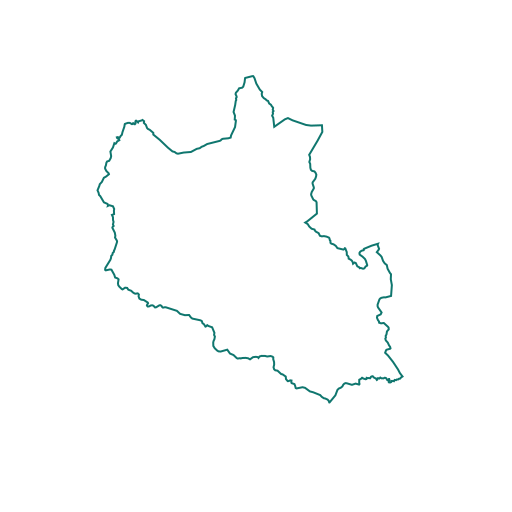 outline of Dak To, Kon Tum, Vietnam, rotated 324°
{"feature_id": "81297802B52627388081803", "entity_name": "Dak To", "entity_type": "district", "adm_level": 2, "iso_a3": "VNM", "parent_name": "Vietnam", "parent_adm1": "Kon Tum", "projection": "albers", "projection_center": [107.823, 14.684], "detail": "fine", "context": "isolated", "style": "outline", "palette": "teal", "viewbox_px": 512, "rotation_deg": 324, "n_neighbors": 0, "source": "geoboundaries", "source_scale": "gbopen_adm2", "svg_char_len": 6113}
<svg xmlns="http://www.w3.org/2000/svg" viewBox="0 0 512 512"><g transform="rotate(324 256 256)"><path d="M382.6,194.6L386.2,189.0L377.2,182.9L373.5,179.4L365.3,167.7L362.9,163.2L359.7,162.4L346.7,162.2L351.2,154.3L351.5,152.0L353.4,150.9L354.1,149.4L355.4,149.0L355.5,147.5L356.9,146.3L357.0,145.9L356.8,144.3L357.0,142.4L356.3,140.4L356.9,137.6L356.1,136.4L355.9,134.8L355.1,132.9L354.9,130.3L355.9,128.2L357.4,127.0L356.9,123.6L357.6,116.7L359.3,111.3L359.5,108.9L358.9,108.4L352.4,105.8L351.9,105.6L351.5,105.9L348.8,108.8L345.2,111.5L343.7,111.7L340.9,110.4L338.5,111.5L335.7,112.1L334.6,113.0L334.1,115.5L333.5,116.3L332.5,116.6L331.7,118.2L330.7,118.7L327.9,121.6L322.5,126.3L321.5,130.1L319.0,133.1L319.5,134.1L319.3,134.7L314.8,139.4L306.7,143.8L305.1,145.3L302.8,144.5L298.1,141.7L296.7,141.4L295.5,141.7L294.5,141.6L282.3,136.7L278.4,136.3L276.3,135.7L273.8,135.7L271.1,134.5L264.5,133.6L258.3,129.8L253.0,127.4L252.0,126.2L251.3,124.0L249.9,122.3L248.4,116.5L246.4,105.4L244.3,97.4L245.3,96.0L244.2,91.5L243.2,89.5L243.1,88.4L244.0,85.1L243.5,82.4L244.7,81.2L244.1,79.2L243.4,79.2L240.1,78.0L239.1,78.6L238.7,76.2L238.2,75.9L237.6,76.2L236.4,78.0L235.4,78.2L235.0,77.8L235.0,76.8L234.7,76.3L233.5,76.6L233.0,76.3L232.5,74.8L231.9,73.9L230.6,73.0L228.7,72.4L227.5,72.1L227.0,72.5L225.5,74.0L220.8,77.3L218.7,79.1L217.2,79.3L215.3,80.1L213.8,78.4L213.2,78.2L213.0,78.9L213.7,81.2L213.5,82.0L211.1,81.7L208.8,82.7L208.1,82.5L207.7,81.5L204.1,84.1L199.6,85.9L197.5,90.1L196.0,91.4L193.2,92.7L191.1,92.0L189.8,92.6L187.9,94.4L186.1,95.5L185.3,96.6L184.9,99.2L185.4,102.5L185.1,103.4L181.4,103.6L178.9,103.3L174.8,105.5L171.8,106.1L170.6,107.1L166.4,109.7L165.8,112.4L164.9,114.3L165.2,116.0L164.5,123.2L166.5,126.6L166.1,128.0L165.6,128.4L167.2,128.7L169.5,131.7L168.9,134.6L167.7,135.8L165.8,138.7L163.6,138.1L163.1,140.5L161.5,142.8L160.8,144.7L158.8,146.4L158.5,148.0L157.3,148.1L156.4,148.7L155.5,154.1L154.1,157.0L152.8,158.2L152.5,161.5L152.3,162.4L151.4,163.3L145.2,167.8L144.3,168.1L143.5,169.1L141.9,169.3L140.5,170.6L139.0,170.8L137.4,172.5L135.9,173.5L127.1,177.1L125.8,178.5L126.0,179.3L129.9,181.0L131.0,182.1L130.3,187.9L129.4,190.6L130.8,192.7L131.1,194.1L128.3,196.9L127.4,198.7L127.4,200.5L128.0,203.9L128.4,204.6L131.5,204.7L133.0,206.1L132.9,208.2L134.6,210.8L135.0,213.1L135.7,214.9L136.5,215.8L138.1,216.5L138.5,217.1L138.6,218.3L137.3,219.6L136.6,221.9L137.5,223.9L139.4,225.7L141.1,230.1L140.9,230.8L139.3,231.4L138.6,232.0L138.7,233.2L139.8,233.9L141.9,234.2L143.2,235.0L143.8,236.0L144.1,238.3L145.1,238.8L148.8,239.1L149.7,239.6L150.2,240.8L150.1,242.3L150.4,243.1L152.2,243.9L152.9,244.5L159.8,253.9L160.6,258.2L163.7,262.1L167.2,264.4L167.2,267.4L167.7,269.2L173.1,275.2L173.8,276.4L173.9,276.9L173.2,278.9L173.8,280.6L173.6,283.4L174.4,283.6L175.9,283.3L176.4,284.7L178.6,287.9L177.2,293.7L175.7,295.2L175.4,297.0L173.4,298.9L171.6,299.9L170.5,300.9L168.6,303.7L168.4,306.4L169.0,309.7L169.6,311.1L171.2,312.5L177.7,314.9L177.6,319.6L179.6,322.9L180.4,327.3L180.9,328.2L183.0,329.3L183.4,329.9L185.0,330.5L187.7,332.3L189.5,334.1L190.4,336.1L194.1,336.1L196.5,337.4L197.6,338.4L198.1,339.1L198.1,339.9L199.9,339.4L201.8,340.1L204.6,342.2L206.0,343.9L209.0,345.5L210.2,347.2L210.4,348.2L209.3,349.6L208.3,352.4L206.8,354.6L204.8,356.3L204.1,358.3L204.4,359.8L206.0,361.4L207.0,366.4L207.9,367.3L209.2,371.0L207.9,373.2L208.1,375.9L208.9,376.4L210.6,376.7L211.5,377.6L210.4,378.8L210.1,379.8L211.8,382.2L211.4,383.9L210.5,386.2L211.0,387.0L216.5,389.5L218.2,391.5L220.0,397.2L222.2,399.9L226.2,406.3L226.4,408.5L227.3,411.0L228.2,411.9L229.5,414.2L229.7,415.8L229.2,417.5L229.4,417.7L238.3,415.4L243.2,412.2L245.1,411.9L247.1,412.4L249.2,412.3L251.0,411.4L252.3,411.2L253.6,411.4L254.6,412.3L257.9,416.6L261.6,417.8L263.8,420.6L264.5,420.4L265.0,419.2L266.8,416.8L269.2,417.1L270.1,416.8L270.5,417.1L270.7,418.1L272.3,420.2L273.0,420.4L273.9,419.6L274.6,420.5L275.2,420.8L276.5,422.0L278.1,421.3L279.4,421.6L279.8,422.0L279.9,423.5L281.0,425.7L280.9,427.3L281.4,427.3L282.4,426.4L282.9,426.5L283.7,427.6L285.1,427.4L285.6,428.7L287.3,430.0L288.5,430.1L289.3,430.9L289.5,431.9L289.2,433.0L289.5,433.9L290.0,434.1L291.1,433.6L291.4,433.8L291.1,434.5L289.3,435.9L289.3,436.4L290.2,437.2L291.1,437.4L292.0,436.6L292.9,437.5L293.5,437.6L294.0,438.4L295.4,437.8L296.4,438.8L297.4,438.7L298.6,439.5L299.3,439.3L300.5,439.9L302.1,439.5L303.7,439.6L303.6,435.3L304.2,431.3L304.6,422.2L304.3,414.1L303.6,410.2L305.8,408.7L306.6,408.6L310.1,409.9L310.5,409.8L311.1,408.3L311.1,406.5L311.7,403.5L311.4,400.6L312.0,398.9L313.1,398.4L313.9,396.9L315.5,396.1L317.6,394.0L320.2,393.4L321.1,392.1L321.2,391.1L320.0,385.3L317.6,384.0L316.4,382.3L317.0,381.4L317.0,379.4L317.6,377.0L318.8,375.8L322.6,376.5L324.4,375.5L324.5,369.3L324.9,368.0L325.8,366.8L330.3,363.7L331.3,363.4L332.8,363.5L335.2,364.6L336.4,365.6L341.8,367.7L348.8,359.4L351.4,354.0L354.5,350.1L354.4,348.4L355.0,343.6L356.5,340.2L355.8,337.6L355.9,334.7L357.1,330.6L357.0,328.7L356.0,323.9L359.0,323.0L359.8,322.5L360.9,318.4L361.9,317.8L355.6,315.6L347.7,313.7L347.2,313.8L347.0,314.3L346.5,314.6L344.5,313.8L342.7,313.8L341.4,314.4L340.7,315.8L341.8,319.1L342.4,322.4L342.1,324.4L340.6,328.8L340.2,329.1L338.5,328.9L337.0,329.5L335.9,329.6L335.1,329.2L333.7,327.2L332.8,326.9L332.8,325.6L331.9,323.9L332.6,320.4L331.9,319.2L330.0,319.3L330.6,317.9L330.8,316.2L330.4,314.6L329.4,312.6L330.2,311.3L330.4,310.4L330.1,308.5L331.7,306.2L332.7,302.3L332.4,301.9L331.4,302.3L330.5,302.2L326.5,297.5L326.5,294.7L325.6,292.1L324.2,290.3L324.0,289.1L325.2,287.3L325.0,286.7L325.8,284.8L325.8,284.0L324.4,281.7L322.6,279.8L320.8,278.8L319.6,277.2L320.1,274.3L318.8,271.6L318.6,270.1L318.9,269.0L317.0,266.6L316.4,263.5L316.6,260.6L315.5,257.9L317.9,258.1L330.2,257.5L336.6,248.1L336.7,246.8L335.6,244.4L335.6,243.7L336.3,239.6L336.9,238.4L338.7,237.0L342.5,235.3L343.1,234.5L344.3,230.7L345.1,229.7L349.3,228.4L351.3,227.0L352.6,225.7L353.1,223.6L353.0,221.9L351.4,220.1L351.1,218.5L351.8,216.6L354.0,213.3L354.4,211.3L356.7,209.5L357.9,207.6L358.5,205.4L373.6,198.9L382.6,194.6Z" fill="none" stroke="#0f766e" stroke-width="2"/></g></svg>